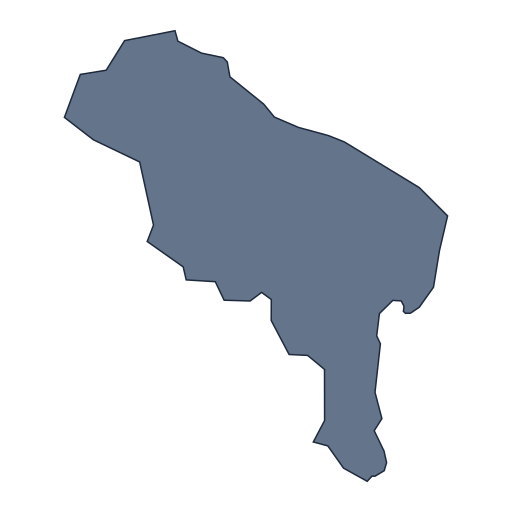 Northumberland, Virginia, United States of America (Equal Earth projection)
{"feature_id": "52423323B72181240507499", "entity_name": "Northumberland", "entity_type": "district", "adm_level": 2, "iso_a3": "USA", "parent_name": "United States of America", "parent_adm1": "Virginia", "projection": "equal_earth", "projection_center": [-76.396, 37.858], "detail": "fine", "context": "isolated", "style": "filled", "palette": "slate", "viewbox_px": 512, "rotation_deg": 0, "n_neighbors": 0, "source": "geoboundaries", "source_scale": "gbopen_adm2", "svg_char_len": 816}
<svg xmlns="http://www.w3.org/2000/svg" viewBox="0 0 512 512"><path d="M186.2,279.9L215.3,281.7L224.1,300.2L250.1,301.0L261.6,292.4L271.3,299.5L271.2,320.5L289.1,354.5L307.6,355.4L324.5,369.4L324.6,420.5L313.3,442.0L327.8,445.9L343.6,468.2L367.2,481.3L372.0,476.1L375.0,476.2L384.2,470.7L386.6,462.6L384.0,451.0L374.2,430.7L381.9,418.6L375.0,392.3L380.4,343.8L376.7,335.9L379.4,313.6L392.8,300.4L401.2,300.9L404.0,306.3L403.4,311.4L405.4,313.3L410.5,313.2L419.3,307.2L433.5,287.2L439.5,250.5L447.6,215.9L419.3,187.6L344.3,141.9L328.5,135.6L298.4,127.4L274.4,117.1L263.7,104.1L229.9,76.8L227.3,62.0L223.3,57.7L201.5,53.1L177.9,41.2L175.0,30.7L124.6,40.6L106.2,70.2L80.3,74.4L64.4,117.4L93.4,139.8L139.7,162.0L153.5,225.1L147.2,241.5L183.2,266.9L186.2,279.9Z" fill="#64748b" stroke="#1e293b" stroke-width="1.5"/></svg>